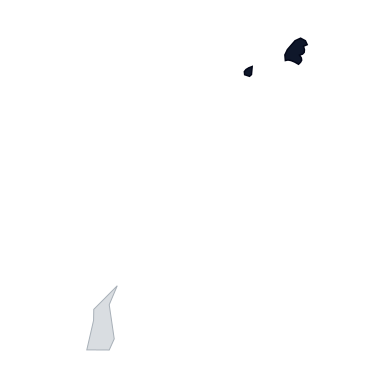 Manu's on a map of American Samoa (Equal Earth projection), rotated 309°
{"feature_id": "ASM-4999", "entity_name": "Manu's", "entity_type": "state/province", "adm_level": 1, "iso_a3": "ASM", "parent_name": "American Samoa", "parent_adm1": "", "projection": "equal_earth", "projection_center": [-169.541, -14.22], "detail": "fine", "context": "in_parent", "style": "filled", "palette": "ink", "viewbox_px": 384, "rotation_deg": 309, "n_neighbors": 0, "source": "natural_earth", "source_scale": "10m", "svg_char_len": 657}
<svg xmlns="http://www.w3.org/2000/svg" viewBox="0 0 384 384"><g transform="rotate(309 192 192)"><path d="M28.9,224.0L17.1,227.1L3.1,209.6L30.3,196.3L39.0,189.5L72.1,192.9L52.3,198.6L28.9,224.0Z" fill="#d9dde1" stroke="#a8b0b8" stroke-width="1"/><path d="M374.5,176.9L379.9,179.6L380.9,185.0L379.0,188.8L375.5,186.9L373.3,189.9L371.1,191.3L368.7,191.1L366.0,189.4L365.0,192.6L363.4,194.3L361.1,194.7L358.3,194.4L357.6,190.0L356.5,186.3L355.0,183.5L352.9,181.8L357.0,177.9L362.8,176.5L374.5,176.9ZM316.3,159.1L318.5,156.9L321.2,156.9L324.3,158.0L327.4,159.8L320.7,164.3L318.1,163.9L316.3,159.1Z" fill="#0f172a" stroke="#020617" stroke-width="1.5"/></g></svg>